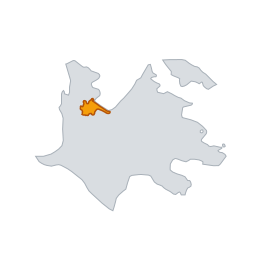 Bilasuvar District, Biləsuvar, Azerbaijan shown in context, rotated 166°
{"feature_id": "54616110B16304773097912", "entity_name": "Bilasuvar District", "entity_type": "district", "adm_level": 2, "iso_a3": "AZE", "parent_name": "Azerbaijan", "parent_adm1": "Biləsuvar", "projection": "mercator", "projection_center": [48.464, 39.544], "detail": "fine", "context": "in_parent", "style": "filled", "palette": "amber", "viewbox_px": 256, "rotation_deg": 166, "n_neighbors": 0, "source": "geoboundaries", "source_scale": "gbopen_adm2", "svg_char_len": 4996}
<svg xmlns="http://www.w3.org/2000/svg" viewBox="0 0 256 256"><g transform="rotate(166 128 128)"><path d="M172.9,205.1L171.9,205.1L164.8,206.7L163.3,206.2L157.3,198.5L156.1,197.6L153.4,197.3L151.9,196.0L150.7,194.0L150.0,192.4L143.7,188.2L142.8,186.7L142.7,185.3L143.6,184.1L144.6,183.1L147.7,182.0L151.3,181.1L152.4,180.5L153.0,179.4L152.9,177.6L152.4,175.8L147.2,172.6L146.7,171.2L146.5,169.5L146.8,167.7L147.6,166.3L151.8,164.4L154.0,162.5L152.6,160.3L148.1,155.2L142.8,149.7L139.2,149.7L135.1,151.3L128.5,156.0L124.9,158.0L120.1,161.3L114.9,165.0L110.7,169.0L108.1,172.2L103.4,173.6L101.0,176.3L93.1,184.4L90.9,184.3L90.8,180.3L90.9,177.1L90.4,175.3L87.8,172.8L87.8,171.7L88.5,171.0L90.4,171.4L92.9,171.3L94.1,170.3L91.5,166.9L89.1,164.7L87.0,163.2L86.6,162.3L86.6,161.7L87.0,160.9L90.5,159.1L90.8,157.4L90.6,155.5L85.1,152.7L81.0,153.7L77.3,150.6L74.9,148.2L71.9,145.6L69.3,144.1L66.7,140.9L62.3,137.5L59.5,136.5L59.6,136.0L60.1,135.4L61.2,134.9L69.1,135.0L70.1,134.4L70.6,133.0L71.6,130.8L72.9,127.7L72.8,125.0L64.9,120.7L59.2,116.7L55.2,111.5L52.5,106.7L52.6,105.1L53.4,103.6L59.5,99.1L59.9,98.0L59.8,97.2L57.6,94.9L54.8,92.6L54.0,90.9L52.2,90.0L49.0,89.9L43.2,87.0L42.0,86.8L41.7,86.2L42.0,85.6L46.1,84.4L46.0,83.5L44.8,82.2L42.5,81.3L40.3,79.0L39.6,76.9L47.0,70.8L49.2,69.6L54.1,70.7L64.2,74.8L63.5,77.0L64.5,78.2L66.9,79.9L71.3,81.7L75.1,82.6L77.0,81.8L79.9,81.2L83.6,83.2L87.1,85.7L88.8,86.7L89.8,87.0L92.4,86.2L95.6,82.9L96.8,79.0L97.2,77.1L95.3,74.5L91.5,71.6L87.3,69.1L84.5,66.9L82.8,62.6L81.0,62.1L80.6,61.5L80.3,60.1L80.3,58.0L81.0,56.4L82.7,55.7L84.4,55.4L86.0,53.9L88.0,50.9L88.8,49.3L92.5,50.2L93.0,52.9L93.7,53.5L95.2,53.1L97.8,52.0L99.8,52.9L102.4,56.1L106.1,59.4L108.0,61.7L108.8,63.3L110.7,64.8L113.4,66.6L115.5,69.3L117.5,75.8L119.4,77.3L126.4,79.7L128.9,80.2L135.7,81.1L138.1,80.5L141.7,74.9L144.9,69.2L147.8,68.0L153.2,65.2L156.4,62.6L157.8,59.8L160.8,54.4L162.7,51.4L165.8,54.1L171.3,61.3L179.1,73.1L181.1,76.4L182.3,80.3L183.4,84.9L185.2,89.0L193.1,99.3L196.5,103.1L202.1,108.1L204.1,109.2L206.7,109.5L211.5,109.5L215.9,111.4L218.1,112.7L220.4,114.7L222.4,116.9L224.5,122.9L216.8,121.0L209.0,121.3L204.7,122.6L200.4,124.3L196.4,126.8L193.8,131.6L191.7,142.7L188.6,153.1L188.7,157.9L190.0,162.5L189.9,164.7L188.5,165.6L186.7,167.5L184.3,177.0L183.1,178.9L181.6,180.0L181.1,178.9L181.2,176.4L177.8,174.3L176.1,176.7L174.8,181.9L172.4,187.3L172.2,188.4L172.9,205.1ZM58.6,107.7L58.9,106.2L57.9,105.5L56.9,105.5L56.0,106.2L56.0,108.1L57.3,108.4L58.6,107.7ZM33.2,151.2L32.1,149.7L31.5,148.8L35.0,148.1L40.6,146.1L42.2,147.1L43.8,149.2L44.7,150.9L44.8,154.3L45.5,154.8L48.2,153.7L49.5,155.0L51.6,156.6L55.3,158.2L60.6,155.7L63.2,155.1L65.4,155.1L66.6,155.9L67.0,158.5L66.6,161.6L65.9,163.4L67.1,164.6L71.4,167.7L73.2,169.4L72.3,172.3L75.6,179.4L76.7,182.2L77.9,185.6L71.3,184.3L59.3,181.4L56.1,179.9L52.9,175.9L51.1,174.0L48.4,171.6L46.1,170.6L44.4,168.9L43.4,166.4L42.0,164.1L39.5,161.4L34.0,152.2L33.2,151.2ZM40.3,89.0L39.6,89.5L38.5,89.0L38.1,87.8L38.2,86.6L39.3,86.3L40.3,86.7L40.5,87.8L40.3,89.0Z" fill="#d9dde1" stroke="#a8b0b8" stroke-width="1"/><path d="M169.2,152.3L169.0,152.1L168.8,152.0L168.6,151.7L168.4,151.5L167.8,151.3L167.5,151.2L167.3,151.1L166.9,151.1L166.5,151.0L166.2,150.8L166.1,150.5L165.5,150.5L165.1,150.3L164.9,150.2L164.6,150.1L164.0,149.9L163.6,149.9L163.2,150.4L162.9,150.7L162.3,151.0L161.8,151.2L161.2,151.1L160.8,151.1L160.4,151.1L160.2,151.0L160.0,150.7L160.0,150.4L160.0,150.1L159.9,149.9L159.6,149.6L159.3,149.3L159.0,149.2L158.6,149.1L158.3,149.1L157.8,149.2L157.6,149.4L157.4,149.7L157.3,150.0L157.0,150.2L156.8,150.4L156.7,150.8L156.5,151.3L156.3,151.6L156.0,152.0L155.6,152.2L155.2,152.6L154.8,153.0L154.4,153.2L154.0,153.4L153.8,153.6L153.2,153.7L152.7,153.6L152.2,153.5L151.8,153.3L151.5,153.1L151.2,152.9L150.8,152.5L150.4,152.2L150.2,152.1L149.7,151.8L149.2,151.4L148.9,151.1L148.4,150.8L148.1,150.4L147.5,149.9L146.9,149.3L146.4,149.0L146.1,148.5L145.6,148.0L145.2,147.7L144.8,147.3L144.2,147.1L143.8,146.9L143.3,146.8L142.7,146.8L142.1,147.0L141.8,147.3L141.5,148.0L141.7,148.4L142.1,148.5L142.4,148.7L144.0,149.4L145.6,151.1L148.1,153.9L150.5,156.4L151.8,158.2L154.2,160.9L154.6,161.5L154.9,161.8L155.3,162.2L155.8,162.6L155.8,163.3L154.9,163.3L154.5,163.5L154.7,163.9L154.8,164.7L155.0,165.1L156.0,165.2L156.6,164.6L157.0,164.3L157.6,164.1L158.3,163.8L158.9,163.5L159.7,162.9L159.9,162.4L160.3,161.8L160.6,161.4L160.9,161.4L161.5,161.4L162.0,161.7L162.2,162.5L162.2,163.2L162.3,163.9L162.4,164.2L162.9,164.6L163.4,165.0L164.3,165.1L164.7,164.6L165.1,164.1L164.9,163.4L164.9,162.7L165.0,162.1L165.2,161.7L165.6,161.4L165.7,161.0L166.0,160.6L166.4,160.0L166.8,159.7L167.1,159.9L167.4,160.1L167.7,160.3L168.2,160.5L168.4,160.7L168.8,160.4L169.0,160.2L169.0,159.8L169.1,159.4L169.4,158.9L169.5,158.5L169.6,157.9L169.4,157.4L169.0,157.0L168.6,156.7L168.3,156.3L168.3,155.6L168.2,155.1L168.2,154.8L168.3,154.4L168.6,154.0L168.8,153.3L168.9,152.9L169.0,152.4L169.2,152.3Z" fill="#f59e0b" stroke="#b45309" stroke-width="1.5"/></g></svg>